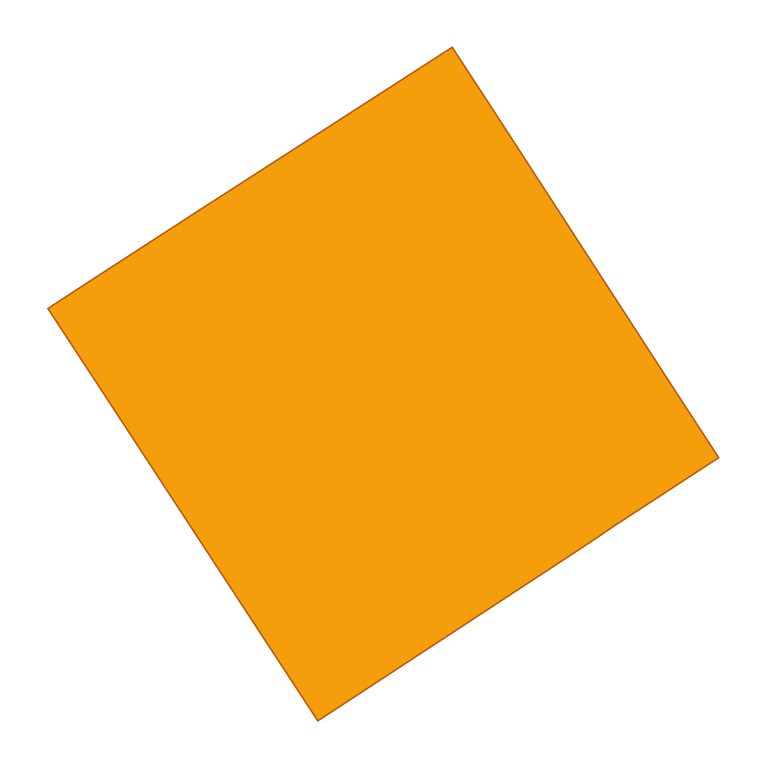 the district of Leake, Mississippi, United States of America, rotated 147°
{"feature_id": "52423323B43754399816629", "entity_name": "Leake", "entity_type": "district", "adm_level": 2, "iso_a3": "USA", "parent_name": "United States of America", "parent_adm1": "Mississippi", "projection": "mercator", "projection_center": [-89.51, 32.754], "detail": "fine", "context": "isolated", "style": "filled", "palette": "amber", "viewbox_px": 768, "rotation_deg": 147, "n_neighbors": 0, "source": "geoboundaries", "source_scale": "gbopen_adm2", "svg_char_len": 339}
<svg xmlns="http://www.w3.org/2000/svg" viewBox="0 0 768 768"><g transform="rotate(147 384 384)"><path d="M624.8,630.3L624.4,529.6L623.0,137.5L342.4,138.7L294.3,139.0L268.5,139.6L143.4,139.9L143.5,202.2L143.2,550.3L143.4,629.3L444.5,630.4L565.5,630.5L619.0,630.4L624.8,630.3Z" fill="#f59e0b" stroke="#b45309" stroke-width="1.5"/></g></svg>